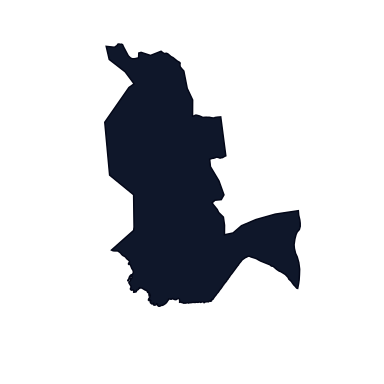 outline of Ciceron, Castries, Saint Lucia, rotated 292°
{"feature_id": "8701671B92087442166631", "entity_name": "Ciceron", "entity_type": "district", "adm_level": 2, "iso_a3": "LCA", "parent_name": "Saint Lucia", "parent_adm1": "Castries", "projection": "orthographic", "projection_center": [-61.013, 13.992], "detail": "fine", "context": "isolated", "style": "filled", "palette": "ink", "viewbox_px": 384, "rotation_deg": 292, "n_neighbors": 0, "source": "geoboundaries", "source_scale": "gbopen_adm2", "svg_char_len": 5775}
<svg xmlns="http://www.w3.org/2000/svg" viewBox="0 0 384 384"><g transform="rotate(292 192 192)"><path d="M214.5,297.6L202.7,277.5L190.4,261.6L179.3,250.5L169.4,245.4L164.5,238.1L173.4,234.6L180.5,230.5L183.0,224.4L185.2,222.0L188.3,216.4L189.5,214.7L193.0,216.4L195.9,222.0L201.3,222.7L212.4,212.8L222.4,199.6L229.0,196.1L229.4,196.6L230.5,197.8L230.9,198.4L231.4,199.4L232.6,200.8L233.1,201.2L233.6,201.9L233.9,203.7L233.9,205.1L234.3,205.9L234.6,206.1L235.4,207.5L236.0,207.9L236.6,208.4L237.2,208.8L238.2,209.8L272.4,190.5L272.0,189.7L270.7,187.1L270.1,186.2L269.8,185.5L269.1,185.0L268.9,184.6L268.6,183.9L268.3,182.9L267.8,180.2L267.5,179.4L266.5,176.8L266.1,175.9L265.3,174.3L265.2,173.8L265.3,172.3L265.3,170.2L265.0,167.9L264.8,166.8L263.7,165.6L262.6,164.7L262.5,164.1L277.6,158.1L286.2,148.8L301.1,139.1L302.4,136.4L303.7,134.1L305.5,133.1L307.1,132.7L307.6,131.8L307.9,129.3L309.5,124.1L309.7,121.8L311.0,118.0L311.1,116.5L310.5,115.3L309.9,114.5L310.1,113.9L310.2,112.9L310.9,110.6L303.1,102.4L302.4,92.5L300.9,90.6L300.2,90.9L296.4,92.2L294.2,89.1L293.2,86.8L293.2,84.9L293.9,83.1L294.4,81.9L300.7,74.4L302.6,72.4L302.6,71.9L302.7,71.4L302.3,70.8L302.0,69.7L301.9,68.9L301.5,68.1L300.9,67.7L300.0,67.9L299.5,67.7L299.3,67.3L299.1,67.1L298.7,67.0L297.7,66.3L297.1,65.7L294.9,57.9L283.9,65.6L278.4,85.0L270.6,97.8L265.3,94.4L224.0,85.0L176.8,109.3L167.6,138.9L137.8,151.4L134.5,152.3L124.7,147.4L108.0,139.1L107.9,140.1L108.0,140.9L108.1,141.5L109.3,144.6L109.5,145.4L109.4,146.0L109.2,146.7L109.1,147.4L108.6,148.8L107.7,150.3L107.2,151.9L107.1,153.2L107.0,154.0L106.7,154.9L106.3,155.6L106.1,155.8L105.9,156.1L105.3,157.7L105.2,158.4L104.6,159.6L104.3,160.1L103.7,160.2L103.4,160.3L103.0,160.2L102.6,160.0L102.2,159.9L101.7,160.0L101.4,160.1L101.2,160.5L101.6,160.9L101.7,161.5L101.5,161.8L100.7,162.8L98.4,165.0L97.8,166.0L97.2,166.7L96.8,167.0L95.9,167.6L95.1,167.8L94.3,167.8L92.7,167.5L92.4,167.4L92.7,167.0L92.6,166.7L92.4,166.5L92.1,166.6L91.5,167.0L91.4,167.2L91.5,167.3L91.7,167.6L91.5,167.9L91.3,168.1L90.9,168.3L90.3,168.4L89.7,168.5L89.4,168.5L88.9,168.2L88.6,168.0L88.4,167.7L88.5,167.4L88.8,166.8L89.1,166.6L90.0,166.6L90.7,166.9L91.0,167.0L91.6,166.7L91.3,166.1L91.0,166.0L90.5,165.9L90.0,165.8L89.2,165.8L88.0,166.0L87.8,166.0L87.7,165.9L87.0,165.8L86.7,165.7L86.1,165.5L85.9,165.6L85.7,165.8L85.8,166.0L86.0,166.2L86.4,166.2L86.9,166.2L87.6,166.2L88.3,166.5L88.4,166.8L88.3,167.1L87.9,167.8L87.4,168.1L86.8,168.1L85.8,167.8L85.3,167.5L84.8,167.4L84.4,167.4L84.0,167.7L82.4,169.9L81.9,170.5L81.3,171.0L80.6,171.2L80.1,171.2L79.8,171.1L79.4,171.1L79.0,171.2L78.8,171.4L78.5,171.8L78.4,172.3L78.4,173.0L78.7,173.2L79.1,173.5L78.9,174.5L78.4,175.4L78.0,175.4L77.8,175.3L77.4,175.3L77.2,175.5L77.8,176.6L78.6,177.6L78.9,177.6L79.4,177.4L79.8,177.7L80.1,177.6L80.5,177.7L80.7,178.1L81.1,178.4L81.8,178.8L82.1,178.7L82.3,178.7L83.2,178.9L83.7,179.3L83.4,179.6L83.6,179.7L83.9,180.7L84.2,181.5L84.1,182.0L83.6,185.0L83.6,186.3L83.4,187.2L83.3,187.5L83.0,187.9L82.5,188.3L82.9,189.1L82.8,189.3L82.5,189.5L82.2,189.4L82.1,190.2L81.9,190.7L81.6,190.9L81.7,190.6L81.4,190.3L81.1,190.3L81.0,190.6L80.7,190.9L80.2,190.9L79.7,191.1L79.8,191.3L80.0,191.3L80.7,191.6L80.7,191.9L80.2,192.2L79.6,192.3L79.0,192.3L78.4,192.2L77.2,192.0L76.4,191.9L75.5,192.1L75.4,192.5L76.0,193.0L75.3,193.2L75.5,194.0L75.9,194.1L75.9,194.4L75.8,194.6L75.4,194.6L74.9,194.4L74.4,194.6L73.8,194.9L73.4,195.9L73.2,196.8L73.4,197.1L73.9,197.5L74.3,198.0L73.8,198.0L73.0,198.6L72.9,199.2L73.2,199.9L73.6,200.5L74.3,201.1L74.6,201.1L75.0,200.9L75.2,201.0L75.1,201.3L75.3,201.7L75.3,201.9L75.2,202.1L74.8,202.0L74.7,202.1L74.3,202.3L73.9,202.9L73.6,203.6L73.8,204.5L74.1,205.0L74.6,205.4L75.0,205.4L75.5,206.5L75.8,206.7L75.9,207.1L76.6,207.8L78.8,209.3L80.4,209.9L83.0,210.4L83.2,210.6L84.1,210.6L84.5,211.4L84.6,211.9L84.6,212.4L85.1,213.4L85.7,213.6L86.1,214.0L86.0,214.4L85.8,214.9L85.8,215.2L85.8,216.0L85.9,216.8L86.4,217.7L86.7,218.0L87.2,218.2L88.1,218.9L88.3,219.2L88.3,219.5L88.1,220.0L87.9,220.5L87.4,220.8L86.0,221.6L85.4,221.7L85.2,221.8L85.7,222.5L85.6,223.0L85.7,223.9L85.9,224.5L86.0,224.9L85.7,225.4L85.7,225.6L85.9,225.8L86.1,226.6L86.6,227.7L87.3,228.8L87.7,229.3L87.8,230.0L87.8,230.6L88.6,231.3L88.8,231.8L88.8,232.2L89.0,232.6L89.5,233.2L89.7,233.6L90.4,235.1L90.6,235.9L90.7,236.3L91.0,236.6L91.5,237.4L91.7,238.3L92.1,239.2L92.4,239.4L92.9,240.4L93.0,241.0L92.9,241.3L92.9,241.5L93.6,242.1L93.9,242.5L94.2,243.2L94.3,243.8L94.2,244.3L93.9,244.7L94.0,244.8L94.3,244.9L95.2,245.7L95.7,246.7L96.0,247.3L96.2,247.6L96.2,247.9L96.4,248.5L97.5,249.1L97.7,249.4L97.6,250.1L97.7,250.3L98.0,250.6L98.6,250.9L98.8,250.8L99.1,250.5L99.7,250.5L100.0,250.8L100.1,251.3L100.4,251.5L100.8,251.7L101.0,251.6L101.6,251.8L101.8,251.8L103.5,252.2L105.6,252.9L107.2,253.2L108.2,253.6L109.0,253.9L111.9,254.5L113.3,255.0L116.0,255.6L117.9,255.9L118.1,256.2L118.3,256.2L118.9,256.1L119.4,256.2L119.7,256.5L121.2,257.0L122.5,257.4L123.2,257.4L123.8,257.6L124.5,257.9L125.1,258.0L125.6,258.0L127.6,258.6L128.8,258.7L131.6,259.6L140.6,261.9L141.0,262.0L141.6,262.3L142.1,262.4L142.7,262.4L144.4,262.9L145.8,263.4L147.5,263.8L148.3,264.2L151.1,266.0L152.4,267.3L153.0,267.6L153.8,268.7L154.0,269.8L153.9,270.5L153.9,271.2L154.3,275.8L154.2,277.6L153.9,279.2L154.1,279.3L153.7,281.0L153.7,291.6L153.1,293.3L153.5,295.1L152.0,299.4L151.3,302.6L151.4,303.9L151.1,305.9L150.5,309.3L150.6,309.7L150.3,309.8L148.8,313.1L147.5,314.4L147.1,315.5L146.2,317.8L145.5,318.7L144.0,321.1L143.4,322.6L142.1,325.1L142.2,326.1L146.8,325.2L150.5,324.3L155.6,322.6L160.8,320.7L166.5,317.5L171.2,313.9L173.9,311.0L178.0,308.1L181.3,306.4L187.0,305.0L191.6,304.4L194.3,304.5L197.4,305.6L200.7,305.2L203.6,304.0L206.5,302.4L210.5,299.6L214.5,297.6Z" fill="#0f172a" stroke="#020617" stroke-width="1.5"/></g></svg>